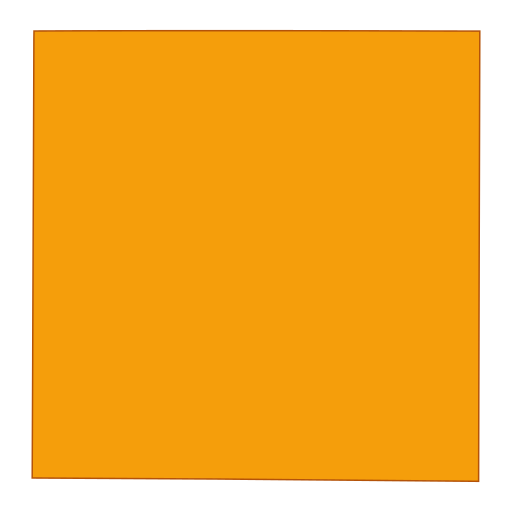 Chapaleufú, La Pampa, Argentina (Albers equal-area conic projection)
{"feature_id": "61730980B17447660038504", "entity_name": "Chapaleufú", "entity_type": "district", "adm_level": 2, "iso_a3": "ARG", "parent_name": "Argentina", "parent_adm1": "La Pampa", "projection": "albers", "projection_center": [-63.678, -35.228], "detail": "fine", "context": "isolated", "style": "filled", "palette": "amber", "viewbox_px": 512, "rotation_deg": 0, "n_neighbors": 0, "source": "geoboundaries", "source_scale": "gbopen_adm2", "svg_char_len": 343}
<svg xmlns="http://www.w3.org/2000/svg" viewBox="0 0 512 512"><path d="M478.8,395.8L479.8,31.1L478.8,31.1L394.5,30.9L363.6,30.8L278.6,30.7L159.1,30.7L84.6,30.8L34.0,31.0L33.9,38.4L33.2,226.8L32.7,354.1L32.7,358.7L32.2,478.0L33.1,478.0L215.5,479.0L477.5,481.3L478.6,481.3L478.8,395.8Z" fill="#f59e0b" stroke="#b45309" stroke-width="1.5"/></svg>